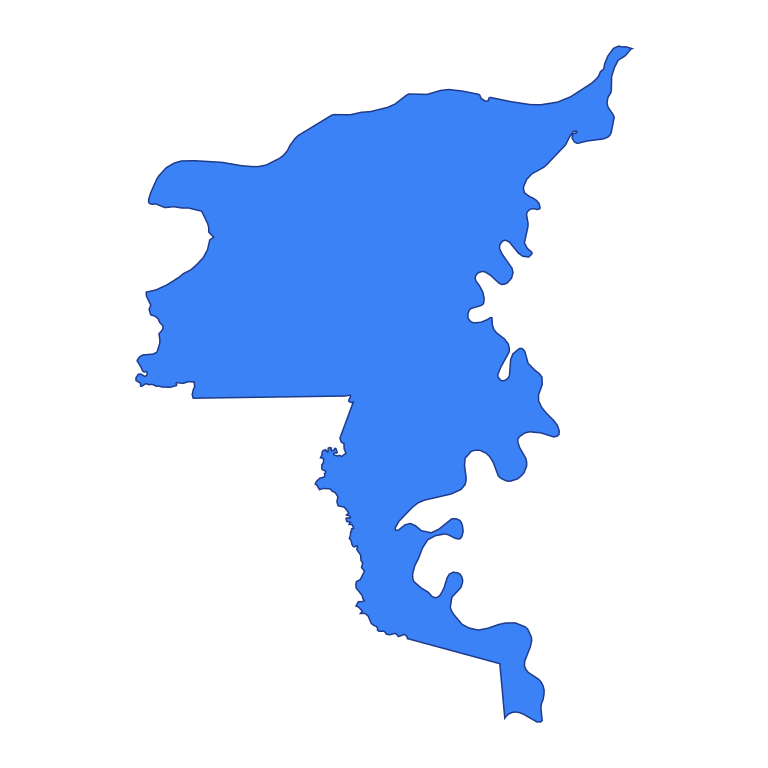 Puerto Cortes, Cortés, Honduras
{"feature_id": "27666195B79582673708274", "entity_name": "Puerto Cortes", "entity_type": "district", "adm_level": 2, "iso_a3": "HND", "parent_name": "Honduras", "parent_adm1": "Cortés", "projection": "mercator", "projection_center": [-87.847, 15.757], "detail": "fine", "context": "isolated", "style": "filled", "palette": "blue", "viewbox_px": 768, "rotation_deg": 0, "n_neighbors": 0, "source": "geoboundaries", "source_scale": "gbopen_adm2", "svg_char_len": 6098}
<svg xmlns="http://www.w3.org/2000/svg" viewBox="0 0 768 768"><path d="M632.0,48.6L625.8,46.8L621.8,46.9L618.6,46.1L613.5,48.4L608.0,55.8L604.6,63.9L603.7,69.1L600.5,71.6L598.6,76.2L595.6,79.6L591.6,83.2L570.8,96.7L557.7,102.1L540.5,104.8L530.3,104.6L511.1,101.7L490.3,97.4L489.0,98.1L488.0,101.0L485.9,101.1L484.1,100.8L483.6,99.7L481.4,98.9L479.8,95.2L478.5,94.3L462.6,91.1L448.6,89.5L440.4,90.5L427.2,94.4L408.8,94.0L406.6,95.1L395.0,104.1L387.5,107.4L370.5,111.6L361.3,112.3L350.2,114.8L334.1,114.6L331.6,115.2L298.1,135.6L295.2,138.4L290.2,145.1L287.4,150.7L283.3,155.5L279.4,158.4L266.1,165.1L258.3,166.6L251.9,166.6L240.8,165.6L222.4,162.4L194.4,160.7L181.3,161.0L174.1,163.1L166.3,167.7L158.9,175.8L156.5,179.7L150.8,192.5L148.7,199.1L148.6,202.0L149.7,203.6L152.4,204.3L155.5,203.8L165.0,207.6L173.8,206.7L181.9,208.0L188.6,208.0L201.7,211.2L207.7,223.6L208.7,227.6L208.8,232.2L213.7,237.3L209.8,239.8L207.5,249.8L203.3,257.6L196.2,265.1L190.6,270.0L183.4,273.6L179.7,276.8L166.8,285.0L156.0,289.9L146.2,292.2L146.4,296.0L150.8,305.2L149.1,309.3L150.7,314.8L154.8,316.1L158.2,318.8L159.6,322.3L162.6,325.6L163.1,327.9L162.1,330.2L159.0,333.8L159.9,340.2L159.7,343.6L157.0,352.1L153.2,354.1L142.6,355.0L139.5,357.0L137.5,359.7L137.1,360.8L141.0,367.2L142.6,371.0L144.1,372.0L146.8,371.6L147.3,373.7L146.5,375.6L144.8,376.4L140.6,374.0L138.4,374.2L136.0,377.7L136.0,380.5L140.6,383.2L140.6,386.2L142.0,386.1L145.7,383.7L149.3,384.7L152.1,384.3L156.6,386.3L158.4,386.0L162.0,387.0L170.1,387.3L176.4,385.6L176.7,385.0L176.0,383.5L176.8,382.7L183.3,383.3L188.2,381.7L194.2,382.0L194.6,386.9L193.4,389.3L192.2,394.6L193.2,398.2L345.5,396.0L350.2,395.1L350.7,396.1L348.8,400.1L349.0,401.6L351.6,402.5L353.3,402.0L339.9,438.2L341.3,442.2L344.0,443.7L344.1,448.7L346.0,453.2L341.6,456.5L340.0,455.5L336.9,455.9L335.0,455.4L333.7,454.7L333.8,453.6L334.9,452.8L336.7,453.0L337.2,452.4L336.0,448.7L335.0,448.3L333.6,450.3L331.7,450.8L331.0,450.2L331.4,448.1L329.8,447.5L328.3,448.1L327.8,452.0L326.7,451.6L325.6,449.7L323.0,450.7L322.2,451.9L321.9,455.1L320.5,457.7L323.7,458.5L323.3,463.0L321.7,464.9L321.8,468.2L322.2,469.6L325.7,471.2L325.7,472.4L324.4,473.8L325.0,475.9L323.9,477.1L319.8,478.2L316.3,481.6L315.2,484.1L317.1,485.5L319.5,489.7L322.9,488.5L330.1,488.8L331.9,491.0L335.3,492.7L337.9,496.7L336.9,501.7L338.1,505.8L344.3,507.2L348.8,512.9L346.5,515.0L349.5,515.9L350.4,517.1L350.1,518.1L346.7,517.9L346.0,518.7L346.8,521.5L350.4,522.1L349.1,524.4L352.1,524.6L353.7,528.3L351.4,529.0L351.6,530.9L350.7,531.8L350.3,535.9L349.3,538.5L351.0,540.3L351.9,544.3L353.1,546.4L354.5,546.9L356.5,545.8L357.5,546.2L356.8,549.5L360.6,555.1L361.0,560.5L362.7,563.0L361.5,567.6L364.5,571.0L360.3,579.6L356.5,581.5L355.8,584.6L356.2,588.1L362.1,595.4L362.8,598.5L364.3,600.6L362.5,601.6L358.4,601.7L356.0,606.0L358.7,607.2L362.3,611.2L360.4,613.5L365.0,613.4L368.1,616.0L371.3,623.4L373.7,625.4L376.2,626.3L377.5,628.0L377.5,630.2L379.0,631.3L383.8,631.2L385.2,632.2L386.2,634.1L389.5,634.8L395.2,633.4L396.6,634.2L398.3,636.6L404.5,634.4L407.2,636.8L407.4,638.6L499.8,663.7L504.8,718.2L506.6,715.7L509.1,713.7L512.5,712.3L515.8,712.0L519.5,712.6L523.5,714.2L536.8,721.9L540.7,721.9L542.2,720.6L540.9,708.3L541.4,703.8L543.1,699.4L544.0,694.5L544.1,690.2L543.2,686.2L541.4,682.5L538.8,679.4L528.2,672.4L525.6,669.0L524.4,665.7L524.7,661.4L530.4,646.5L531.7,640.6L531.4,637.2L527.8,629.3L525.1,626.8L515.3,622.9L505.5,623.0L498.2,624.6L488.1,628.2L478.2,630.1L469.0,628.0L462.1,624.4L453.5,614.2L451.2,610.2L450.3,607.1L451.9,597.2L460.8,587.7L462.3,583.4L462.7,580.1L461.8,576.9L460.0,574.2L457.9,572.9L453.3,572.2L449.3,574.2L447.2,577.7L444.0,587.9L441.6,592.7L439.6,595.8L436.6,597.6L434.3,597.5L431.8,596.3L428.3,592.3L421.1,587.9L413.8,581.5L412.8,578.6L412.6,573.9L414.8,565.7L418.6,558.2L422.4,548.1L427.7,539.8L435.4,535.7L444.9,533.9L448.4,534.8L455.2,538.3L458.6,539.0L460.3,538.7L462.0,536.1L463.2,531.1L462.3,525.1L461.1,522.0L459.7,520.4L456.7,518.9L451.9,518.7L438.9,529.2L431.2,532.8L421.4,530.7L415.5,525.7L410.5,523.5L405.1,524.8L398.2,530.3L395.6,530.3L395.1,528.1L399.0,521.2L412.3,507.4L417.8,503.0L424.3,500.2L451.5,493.9L461.1,489.4L465.0,484.7L466.0,481.0L466.1,477.2L464.5,465.4L465.1,458.3L471.4,451.2L474.6,450.3L479.8,450.2L486.3,453.3L489.7,456.6L493.3,462.5L498.3,476.0L501.0,478.3L505.2,480.4L507.8,481.2L510.7,481.1L517.3,479.0L520.8,476.3L524.0,472.8L526.6,466.2L526.7,462.6L526.0,458.6L519.5,447.3L517.9,442.4L517.7,439.3L519.5,436.6L524.8,432.9L529.8,431.8L541.0,432.9L553.6,436.9L556.9,436.3L559.0,434.5L559.2,430.8L557.4,425.4L553.7,420.5L546.1,412.9L541.6,407.3L538.6,400.8L538.5,394.9L542.2,384.7L542.0,377.2L539.3,373.6L534.3,369.7L528.1,363.3L524.9,351.8L523.9,350.1L522.0,348.5L519.4,348.5L512.9,353.9L510.7,359.4L509.4,376.0L507.8,378.3L505.6,380.1L502.9,380.8L500.9,380.4L498.2,377.4L497.7,374.9L500.8,367.1L509.2,351.9L509.4,348.7L508.3,344.1L504.5,339.0L496.6,332.9L493.7,329.3L492.4,325.1L491.9,317.7L490.2,317.7L487.4,319.6L480.9,322.3L473.8,322.9L471.1,321.8L468.8,319.5L467.8,316.8L468.0,313.6L469.1,310.4L470.7,308.6L480.7,305.6L482.8,304.4L483.8,302.8L484.1,298.0L482.7,291.8L479.5,285.8L476.1,281.2L475.2,278.6L475.5,276.0L477.9,272.9L482.1,271.4L485.3,272.0L490.8,275.5L498.8,283.0L501.7,284.5L504.4,284.2L507.4,282.9L511.6,278.0L513.0,272.7L512.1,268.5L501.7,253.4L499.6,248.6L499.6,245.2L502.3,241.3L505.2,240.1L509.3,242.0L518.5,253.2L522.7,256.2L528.7,257.0L531.9,254.0L531.8,252.2L527.3,248.4L524.4,242.9L527.9,226.9L528.1,223.7L526.6,214.8L526.9,212.6L528.1,210.9L530.9,208.9L535.2,208.8L536.4,209.5L539.3,209.1L540.0,208.3L539.9,206.6L538.9,203.2L536.3,200.3L532.3,197.7L530.0,196.9L524.6,192.8L523.6,189.7L523.5,186.9L526.6,179.5L532.0,173.7L543.9,167.2L547.3,164.1L565.6,144.8L569.4,137.2L573.4,131.4L576.4,131.1L576.9,132.5L572.6,134.2L572.1,138.1L574.4,142.0L577.4,143.4L587.2,141.0L603.5,138.9L608.0,137.1L610.1,134.9L611.2,132.6L614.2,117.3L613.1,114.7L608.0,107.1L607.0,102.8L607.9,97.5L610.8,92.7L611.3,90.5L611.6,76.5L614.4,67.6L618.2,60.2L625.3,55.7L631.0,49.0L632.0,48.6Z" fill="#3b82f6" stroke="#1e3a8a" stroke-width="1.5"/></svg>